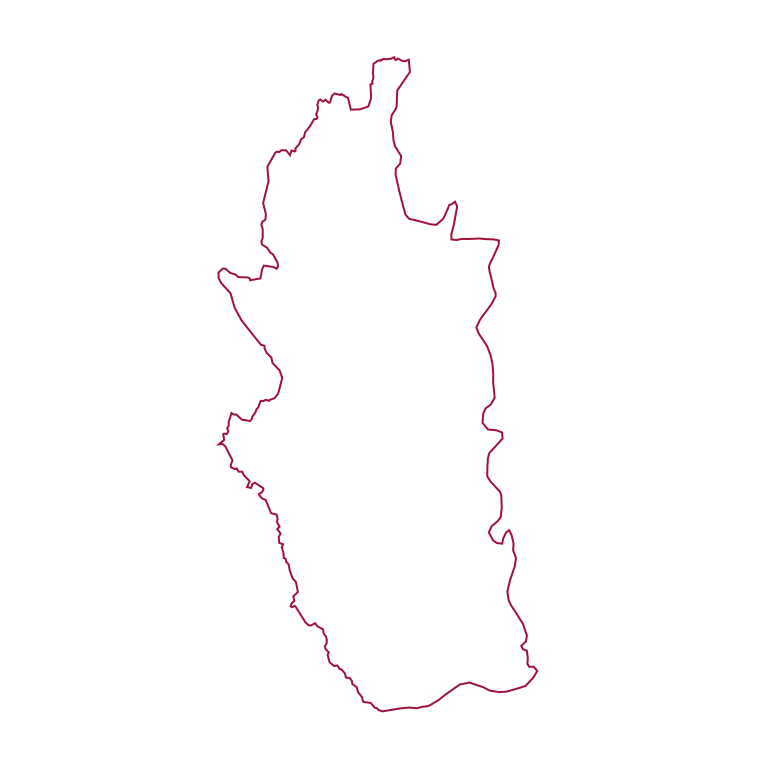 the district of Seke-Banza, Bas-Congo, Democratic Republic of the Congo, rotated 184°
{"feature_id": "63176286B69853523616594", "entity_name": "Seke-Banza", "entity_type": "district", "adm_level": 2, "iso_a3": "COD", "parent_name": "Democratic Republic of the Congo", "parent_adm1": "Bas-Congo", "projection": "robinson", "projection_center": [13.441, -5.391], "detail": "fine", "context": "isolated", "style": "outline", "palette": "rose", "viewbox_px": 768, "rotation_deg": 184, "n_neighbors": 0, "source": "geoboundaries", "source_scale": "gbopen_adm2", "svg_char_len": 4950}
<svg xmlns="http://www.w3.org/2000/svg" viewBox="0 0 768 768"><g transform="rotate(184 384 384)"><path d="M279.3,535.2L284.7,535.9L293.0,535.6L298.9,535.8L310.2,534.5L316.0,534.2L321.9,532.7L326.8,532.9L327.3,537.8L325.4,548.0L323.4,566.4L325.9,570.8L328.8,568.2L331.3,567.2L334.5,557.8L336.6,552.7L343.0,546.4L348.9,546.6L354.8,547.8L365.5,549.8L370.4,550.5L374.4,554.4L377.3,562.6L382.2,577.4L387.1,593.8L387.2,599.8L383.2,605.1L382.8,612.7L385.7,616.5L389.6,622.1L391.6,628.1L392.6,635.7L395.5,645.6L395.1,652.6L391.6,659.0L390.7,661.7L391.2,672.5L391.2,677.9L379.9,697.1L381.9,709.2L382.7,708.8L383.3,708.7L384.6,707.7L387.0,707.3L389.3,708.0L391.4,709.0L392.6,709.5L393.0,709.7L393.5,709.3L393.8,708.6L394.6,708.1L395.4,708.3L395.9,708.7L396.2,709.1L396.2,709.8L396.3,710.4L396.4,710.7L397.2,710.5L397.9,710.1L398.6,709.7L399.6,708.9L400.6,708.7L401.8,708.8L402.7,708.4L403.7,708.2L405.3,708.2L406.6,708.3L407.5,708.1L408.0,707.8L408.2,707.4L409.6,707.0L410.0,706.9L410.0,706.4L410.2,706.2L410.9,706.6L412.8,706.0L416.8,702.6L416.8,699.4L416.8,693.4L416.0,689.6L416.1,687.8L416.4,686.3L417.0,684.9L416.4,683.6L416.6,682.7L418.4,682.0L416.8,668.3L419.0,659.8L427.0,656.3L436.2,655.4L439.8,666.7L440.6,667.3L442.3,667.8L443.2,668.4L443.9,668.8L444.3,669.3L445.1,669.2L446.2,670.1L447.1,670.2L447.7,669.3L453.8,670.3L456.0,667.9L457.5,661.0L459.0,660.8L462.1,663.5L464.6,661.5L467.4,663.3L468.9,662.4L470.0,657.5L469.0,655.3L469.3,652.3L470.5,648.2L468.9,645.4L469.8,643.7L472.3,643.2L475.9,635.8L480.2,629.7L481.1,624.6L483.2,622.8L483.7,622.4L485.5,617.1L488.8,612.7L488.5,610.3L488.9,609.9L489.1,609.7L492.6,610.5L493.7,605.7L498.0,610.3L502.5,610.1L504.6,608.2L507.2,608.2L508.6,607.1L515.4,592.8L515.0,589.0L513.3,577.9L513.5,577.1L517.2,556.2L513.7,545.1L513.7,540.7L514.1,539.3L516.6,537.4L517.5,534.3L515.8,530.0L515.2,521.5L516.2,517.4L515.4,514.6L509.8,511.5L506.4,506.9L504.0,505.8L498.9,498.1L498.5,496.6L497.9,494.0L499.1,491.5L502.5,493.0L508.9,493.5L512.2,493.7L513.5,490.2L514.7,480.7L524.8,478.1L525.3,480.0L526.4,480.4L527.4,480.8L536.7,480.4L539.7,482.8L545.1,484.1L550.0,487.8L552.8,488.0L556.9,483.6L556.8,482.9L556.4,478.2L553.4,473.3L546.7,466.9L543.5,463.8L539.2,452.1L538.3,449.6L530.4,437.3L516.3,421.9L509.5,414.5L506.0,413.9L505.5,410.9L503.4,407.1L498.2,402.5L496.7,397.2L489.1,390.3L485.9,383.0L488.9,367.0L490.8,364.2L492.3,362.1L496.6,360.4L497.3,359.3L499.8,359.8L501.1,360.0L503.1,358.5L505.8,358.6L508.1,351.4L509.3,350.3L510.4,346.5L513.2,342.1L513.2,340.2L515.1,337.7L523.4,338.6L529.4,343.3L531.7,343.0L533.7,344.2L534.1,344.4L536.3,335.0L536.0,331.7L537.4,329.0L536.0,325.6L537.4,323.0L540.2,323.4L540.9,322.6L539.5,317.1L544.6,312.3L540.7,312.8L538.0,310.8L529.8,297.2L531.3,292.2L531.0,291.0L530.9,290.3L527.0,288.7L524.9,289.5L523.1,286.5L519.2,286.5L517.6,283.4L511.2,277.6L513.4,271.6L511.2,271.3L509.3,271.1L508.4,275.0L506.1,276.6L497.2,271.6L496.9,270.2L498.4,267.3L501.1,265.6L500.5,264.2L497.7,261.4L494.0,260.1L487.6,247.2L481.9,246.2L480.8,242.2L481.1,238.7L478.2,234.4L480.4,231.8L476.8,227.7L477.7,225.5L478.3,223.9L477.4,218.1L473.5,217.1L474.6,214.0L472.5,208.5L471.9,203.6L469.9,202.8L469.2,199.7L466.7,197.6L465.0,191.5L461.7,183.9L460.3,182.5L458.1,180.5L455.4,170.5L459.7,165.8L458.3,161.3L460.7,158.9L461.1,157.6L461.7,155.7L459.7,155.0L457.9,156.4L456.8,155.9L445.6,140.6L442.4,138.1L440.7,138.0L440.0,138.0L436.0,140.6L433.5,137.6L427.7,135.0L426.9,131.0L426.5,130.6L424.4,128.2L423.3,125.4L423.1,121.3L424.8,118.0L424.0,116.2L423.7,115.3L420.4,112.5L421.3,109.6L418.8,102.5L414.0,99.2L410.9,100.0L408.4,96.6L406.4,96.3L402.8,92.5L401.5,88.5L397.8,88.4L397.4,87.9L395.4,85.7L394.6,82.4L390.1,79.6L388.3,74.7L385.3,71.4L384.3,70.3L382.5,65.4L375.0,64.9L370.6,60.4L368.4,60.1L367.0,58.6L363.0,57.3L356.6,58.8L344.3,61.7L336.0,63.0L328.7,62.8L322.8,64.8L317.4,65.7L313.5,68.3L311.7,69.6L307.6,72.4L303.7,76.1L298.8,80.3L292.4,85.5L287.0,89.7L277.7,92.1L273.3,90.9L264.0,88.5L257.1,85.5L247.8,84.7L240.5,85.6L232.1,88.6L221.8,92.6L214.5,101.6L211.1,108.5L215.0,112.4L219.4,112.0L221.4,114.8L221.4,120.8L222.9,127.9L226.8,129.1L228.8,132.4L224.4,137.1L223.9,143.1L228.8,154.6L236.7,165.4L241.6,171.8L244.5,176.8L246.5,185.6L244.5,197.4L240.9,211.1L240.2,219.5L243.6,227.2L243.6,233.7L246.1,242.0L249.0,246.9L251.9,244.3L254.4,237.9L254.9,233.0L260.3,233.2L264.2,235.5L269.1,243.2L266.7,249.6L261.3,254.9L258.3,259.1L257.9,268.9L259.3,281.4L260.8,284.7L265.7,289.2L271.1,294.3L274.6,299.2L275.1,309.0L275.1,317.7L274.1,322.5L267.7,330.5L261.9,337.9L262.9,343.9L268.7,345.7L269.8,345.7L277.1,345.9L283.0,352.1L283.0,361.3L281.0,366.7L276.1,370.9L272.7,377.8L273.7,384.9L275.2,392.5L275.7,401.7L277.2,411.6L279.6,419.8L283.6,428.6L289.4,436.3L292.9,440.8L295.8,446.8L292.9,454.3L290.5,458.6L285.6,466.0L282.1,471.9L278.7,479.4L279.2,483.2L281.2,486.5L284.1,496.3L286.6,504.0L287.6,508.4L286.1,513.2L284.2,517.5L279.3,530.9L279.3,535.2Z" fill="none" stroke="#9f1239" stroke-width="2"/></g></svg>